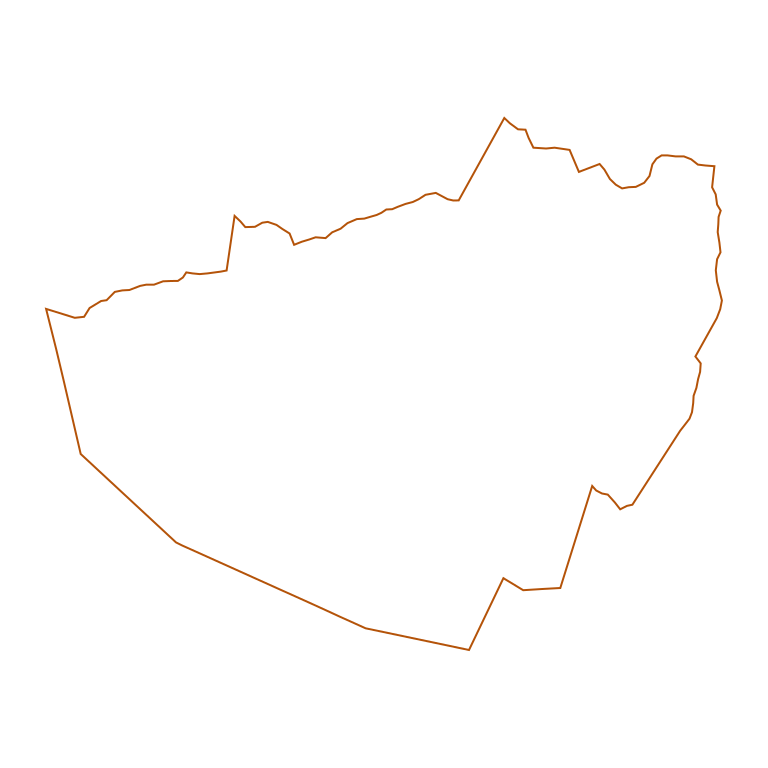 outline of Taperoá, Paraíba, Brazil
{"feature_id": "56859067B95822508196580", "entity_name": "Taperoá", "entity_type": "district", "adm_level": 2, "iso_a3": "BRA", "parent_name": "Brazil", "parent_adm1": "Paraíba", "projection": "equal_earth", "projection_center": [-36.808, -7.22], "detail": "fine", "context": "isolated", "style": "outline", "palette": "amber", "viewbox_px": 768, "rotation_deg": 0, "n_neighbors": 0, "source": "geoboundaries", "source_scale": "gbopen_adm2", "svg_char_len": 1750}
<svg xmlns="http://www.w3.org/2000/svg" viewBox="0 0 768 768"><path d="M74.8,317.8L46.1,308.9L56.1,348.8L63.6,380.3L80.7,454.0L176.0,542.4L182.2,545.5L188.0,548.1L312.4,604.1L334.7,614.3L340.3,616.9L365.6,628.3L469.0,650.0L503.4,578.2L523.2,590.2L542.2,589.0L560.3,588.0L592.2,486.0L596.2,490.5L602.0,493.5L607.8,494.6L614.9,502.5L620.2,509.3L626.9,505.9L632.4,504.7L680.2,430.7L685.2,424.3L689.5,418.7L692.0,412.2L693.2,403.1L693.6,395.8L696.4,387.9L698.1,379.1L700.1,371.9L700.7,363.4L695.4,356.5L716.8,318.1L720.2,309.2L721.9,300.5L719.3,290.0L717.1,281.8L715.8,270.3L717.1,259.2L720.5,252.3L719.4,242.6L717.7,232.1L718.3,224.4L718.6,216.9L720.7,210.6L717.1,204.6L715.7,194.4L712.1,187.3L714.4,166.2L705.4,165.5L697.9,164.6L691.2,159.3L683.9,156.4L675.6,156.4L667.5,155.4L661.6,155.4L656.5,158.6L652.4,164.3L649.5,176.0L644.2,182.8L635.8,186.9L628.8,187.2L622.1,188.4L615.8,184.7L609.9,179.0L604.4,169.6L599.6,164.0L578.9,171.9L569.6,149.9L554.6,147.7L546.1,148.5L533.4,147.7L528.6,137.9L525.5,129.7L518.0,129.3L509.9,123.3L504.3,118.0L458.7,200.4L453.3,200.5L447.6,199.2L435.8,192.9L425.5,194.8L418.7,199.2L412.8,202.0L405.6,203.9L397.8,206.8L392.2,209.2L386.3,209.5L381.4,212.8L376.6,215.0L370.7,216.7L364.3,218.6L356.8,219.1L347.5,223.1L340.6,228.7L332.2,232.3L325.6,238.1L315.6,237.3L309.2,239.5L301.9,241.7L294.1,244.8L289.6,233.5L282.4,229.0L276.5,224.9L267.8,221.9L262.3,222.7L255.0,226.8L245.3,227.1L240.5,221.5L234.6,215.9L226.6,270.5L220.9,271.6L207.5,273.4L199.7,274.1L192.5,273.4L186.3,272.4L182.9,277.5L177.9,280.9L170.9,281.0L163.1,281.3L153.9,284.7L146.1,284.7L140.1,285.9L129.4,290.0L122.3,290.4L114.8,291.9L106.6,300.2L101.1,301.0L95.7,304.3L89.6,308.0L84.1,316.8L74.8,317.8Z" fill="none" stroke="#b45309" stroke-width="2"/></svg>